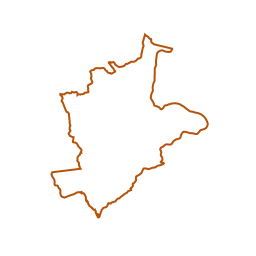 the district of Costa Rica, Mato Grosso do Sul, Brazil, rotated 18°
{"feature_id": "56859067B26406840873489", "entity_name": "Costa Rica", "entity_type": "district", "adm_level": 2, "iso_a3": "BRA", "parent_name": "Brazil", "parent_adm1": "Mato Grosso do Sul", "projection": "albers", "projection_center": [-53.227, -18.497], "detail": "fine", "context": "isolated", "style": "outline", "palette": "amber", "viewbox_px": 256, "rotation_deg": 18, "n_neighbors": 0, "source": "geoboundaries", "source_scale": "gbopen_adm2", "svg_char_len": 5766}
<svg xmlns="http://www.w3.org/2000/svg" viewBox="0 0 256 256"><g transform="rotate(18 128 128)"><path d="M53.2,116.5L53.3,117.3L54.5,118.0L55.4,118.4L56.3,119.3L56.7,120.2L56.6,121.3L56.4,122.6L56.7,123.1L57.8,123.6L63.0,130.0L63.6,130.5L64.1,131.2L64.7,131.6L66.1,131.7L67.3,132.6L70.4,139.6L70.5,140.2L70.8,141.1L71.5,142.0L71.7,142.6L72.5,143.6L72.2,144.1L72.2,144.9L72.7,146.4L72.8,147.2L73.3,147.7L74.0,148.1L74.0,149.0L73.2,151.5L75.1,153.4L77.7,153.8L79.1,153.6L79.9,158.4L80.5,158.5L82.1,158.3L82.7,158.2L83.6,158.3L84.5,158.9L86.5,160.9L87.3,161.2L87.8,161.4L88.3,161.9L88.9,162.1L90.1,162.9L90.7,163.5L90.7,165.3L91.3,166.1L90.5,166.5L90.3,167.2L90.5,168.2L89.7,169.5L89.1,171.3L89.2,172.0L89.9,174.2L89.9,174.8L90.4,175.2L91.9,176.2L92.4,176.7L92.5,177.7L92.8,178.5L93.7,179.2L93.9,180.0L94.7,180.8L95.5,181.4L69.7,193.5L69.5,195.8L70.1,196.4L71.0,197.7L72.2,198.5L73.4,199.5L74.3,200.6L75.1,202.4L75.3,203.8L75.7,204.5L76.2,204.9L76.9,205.0L78.5,204.6L79.1,204.8L79.6,205.2L80.6,206.5L81.1,206.8L82.0,207.1L82.5,207.5L83.1,208.4L83.7,210.9L84.7,212.4L85.5,213.3L86.4,213.7L87.2,213.9L88.2,213.7L89.0,213.9L95.0,209.0L95.7,208.6L96.2,208.3L96.7,207.7L97.3,207.3L98.5,206.2L99.2,205.2L101.1,204.2L102.3,204.1L102.9,203.6L103.5,203.2L104.1,204.5L105.6,203.8L106.5,204.0L107.1,204.6L107.8,205.1L109.0,206.5L109.5,207.2L109.9,208.8L110.3,209.5L111.2,210.5L111.5,209.9L112.0,210.3L112.5,210.5L113.7,212.6L114.5,212.9L115.1,213.9L115.8,214.0L116.4,214.4L117.2,214.6L117.8,214.7L118.4,215.4L119.1,215.3L119.7,215.9L120.5,216.4L121.3,216.4L121.7,215.9L122.2,216.6L122.8,216.8L123.3,217.5L123.5,218.6L123.9,218.9L124.7,219.4L125.4,219.3L126.1,219.5L126.7,219.4L126.4,220.6L125.7,220.9L126.5,221.5L127.2,221.6L127.1,222.1L127.8,222.1L128.2,221.6L128.3,213.9L128.7,213.2L129.2,211.7L130.2,210.9L131.7,210.0L132.3,208.9L132.6,205.6L133.4,205.3L134.2,205.4L135.0,205.1L135.4,204.0L138.1,202.1L138.7,201.8L139.0,200.6L140.0,198.4L141.0,197.9L141.6,197.5L142.2,196.1L143.8,193.9L144.1,193.2L144.6,192.5L145.0,192.2L145.5,191.4L146.0,190.9L146.5,190.2L147.1,189.8L147.5,188.2L148.6,187.3L149.1,187.0L149.6,186.3L150.2,185.9L149.8,185.2L149.1,184.9L149.3,184.3L149.6,183.7L150.1,183.3L150.2,182.7L150.4,182.2L150.6,181.6L149.8,180.0L149.8,179.4L150.4,179.2L150.7,178.6L150.8,178.0L151.2,177.4L151.8,175.3L151.7,174.6L151.2,174.0L150.9,173.0L150.8,171.4L151.7,170.6L152.1,170.1L153.5,168.7L154.5,167.0L154.7,166.1L155.2,162.3L155.6,161.5L157.5,161.0L158.4,160.8L159.2,161.0L159.9,160.9L160.5,160.6L163.8,158.1L165.2,157.4L165.9,157.3L167.3,155.4L168.0,154.7L170.6,153.1L172.2,151.9L172.6,151.4L173.0,150.5L172.1,150.2L170.2,150.6L169.6,150.2L170.6,147.7L170.0,146.2L169.3,145.1L168.0,144.3L167.4,143.3L167.3,141.7L167.1,140.6L166.4,139.6L165.6,138.9L165.1,138.2L165.5,136.4L166.9,135.1L168.6,132.4L169.2,131.9L170.1,131.5L171.4,131.3L173.3,130.7L174.0,130.3L174.5,129.5L175.2,126.8L175.7,125.8L177.1,124.2L178.0,123.5L180.2,122.1L180.7,121.2L180.8,120.1L180.7,118.6L180.7,117.6L181.4,115.1L182.0,114.4L183.6,114.0L185.8,113.7L188.2,113.9L190.2,113.2L193.9,112.8L194.9,112.6L195.5,112.3L196.2,111.4L197.4,108.1L197.8,107.6L198.2,107.2L200.7,105.6L201.1,105.2L202.2,103.9L202.7,102.3L202.8,101.4L202.7,99.9L202.6,99.4L201.7,98.0L199.6,95.7L197.5,94.1L196.5,93.6L194.3,92.8L192.6,92.3L190.2,92.2L187.6,92.5L184.9,92.5L181.7,93.0L176.4,91.2L174.4,90.4L171.7,89.9L170.6,89.5L168.3,89.4L167.1,89.5L165.1,89.9L162.5,91.0L161.6,91.5L159.2,93.2L157.8,94.4L156.1,95.2L155.7,96.1L155.3,98.0L154.9,99.0L154.3,99.7L153.5,100.0L152.8,99.7L152.3,99.3L150.6,98.5L149.2,98.6L148.4,98.4L146.9,98.6L145.8,98.2L145.1,96.9L143.6,95.3L140.5,92.7L140.3,92.2L140.0,90.6L139.8,88.5L139.9,87.1L140.1,85.8L140.1,84.8L139.1,82.4L138.8,81.4L138.6,80.1L138.4,77.6L138.4,76.8L138.7,75.5L138.6,74.6L137.1,69.9L136.3,66.9L135.1,63.3L135.0,62.5L135.3,60.5L135.2,59.0L134.5,57.3L133.8,55.2L133.7,54.1L133.0,50.9L132.6,48.3L132.7,47.5L133.3,46.1L133.9,45.3L135.0,44.4L136.2,43.7L137.1,43.5L137.7,43.5L138.7,43.7L140.0,43.7L142.5,43.3L143.8,42.9L144.4,42.6L144.9,42.2L145.3,41.1L145.6,39.5L145.5,38.9L126.8,40.4L125.7,39.9L123.9,39.4L123.1,38.1L123.0,37.1L122.3,36.2L121.5,36.5L119.8,35.7L119.0,35.0L116.5,34.5L116.0,34.3L115.3,33.9L115.6,42.0L115.8,42.8L117.4,44.9L117.5,45.7L117.3,47.0L117.3,47.7L117.5,48.3L117.6,50.5L117.9,51.9L117.8,53.5L118.1,54.1L118.5,56.0L118.4,56.8L117.9,57.7L117.4,58.3L116.2,58.7L115.8,59.2L115.6,59.9L114.8,61.5L114.3,62.1L113.7,62.7L113.0,63.2L112.4,63.5L110.5,63.9L110.0,64.4L109.7,65.2L109.2,65.7L108.6,65.9L107.7,67.2L107.0,67.4L106.3,67.6L106.1,68.2L105.2,70.0L104.7,70.5L103.7,71.2L103.0,71.6L101.3,72.6L100.5,72.7L98.9,72.6L97.4,71.9L96.9,71.9L96.2,71.5L95.5,70.7L94.8,70.3L94.2,70.0L93.6,69.8L92.9,70.3L92.3,70.9L90.7,70.8L90.2,71.1L89.5,71.6L90.1,72.4L90.9,72.7L92.4,73.9L93.6,74.6L94.2,75.2L94.9,75.4L95.6,75.8L96.5,76.8L97.3,77.4L98.1,77.7L98.4,78.3L95.8,81.2L95.1,81.6L94.3,81.2L93.8,81.4L92.8,81.6L91.9,81.5L91.2,81.2L90.3,80.4L89.3,80.2L88.6,79.9L87.4,78.8L86.5,78.5L85.5,78.6L83.9,79.6L83.1,79.7L82.6,80.0L81.8,80.2L80.2,80.5L79.7,80.9L78.7,81.2L78.4,81.6L77.9,82.0L77.7,82.5L77.7,83.1L77.2,83.5L76.2,84.1L75.6,84.3L75.0,85.2L74.6,86.1L75.0,86.4L76.3,87.9L76.6,88.4L76.7,89.0L77.3,90.2L77.5,90.9L77.2,91.5L77.4,92.2L78.4,93.7L79.9,95.2L80.0,95.9L79.7,96.7L76.8,99.8L76.8,100.5L77.2,101.4L77.7,102.1L78.0,102.7L78.0,103.5L78.5,104.3L79.2,106.2L78.1,106.8L77.5,107.3L76.2,107.6L75.7,108.2L75.2,109.4L73.3,110.3L72.2,111.0L71.4,111.0L70.4,111.3L69.8,112.2L69.6,111.5L69.1,110.5L68.7,110.0L67.6,109.7L66.9,110.1L66.3,110.7L65.8,111.0L64.5,110.9L63.5,110.9L63.1,112.4L62.6,112.7L61.7,113.0L59.4,113.1L58.7,113.4L58.3,114.1L57.3,115.0L57.1,115.7L56.5,115.9L55.9,116.0L55.4,116.3L54.8,116.2L54.1,116.5L53.2,116.5Z" fill="none" stroke="#b45309" stroke-width="2"/></g></svg>